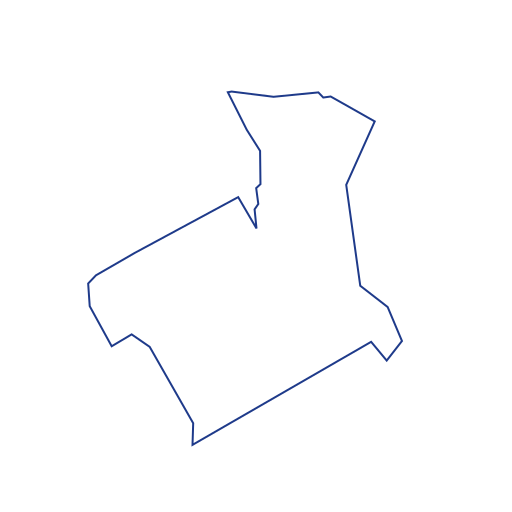 Los Alamos, New Mexico, United States of America, rotated 240°
{"feature_id": "52423323B125057761127", "entity_name": "Los Alamos", "entity_type": "district", "adm_level": 2, "iso_a3": "USA", "parent_name": "United States of America", "parent_adm1": "New Mexico", "projection": "albers", "projection_center": [-106.278, 35.865], "detail": "fine", "context": "isolated", "style": "outline", "palette": "blue", "viewbox_px": 512, "rotation_deg": 240, "n_neighbors": 0, "source": "geoboundaries", "source_scale": "gbopen_adm2", "svg_char_len": 535}
<svg xmlns="http://www.w3.org/2000/svg" viewBox="0 0 512 512"><g transform="rotate(240 256 256)"><path d="M315.9,270.0L319.3,152.6L319.3,107.8L316.1,96.9L295.7,86.9L250.0,85.9L250.3,109.1L230.5,118.5L142.6,118.0L124.2,106.6L124.1,312.8L100.1,316.9L109.4,339.9L146.0,344.5L178.1,331.4L272.5,369.7L313.2,426.1L356.8,400.4L359.6,393.5L366.5,391.8L385.1,350.8L410.6,317.1L411.9,313.5L370.0,311.1L345.0,312.1L316.0,295.8L314.7,290.1L299.9,284.0L297.1,278.1L279.6,270.2L315.9,270.0Z" fill="none" stroke="#1e3a8a" stroke-width="2"/></g></svg>